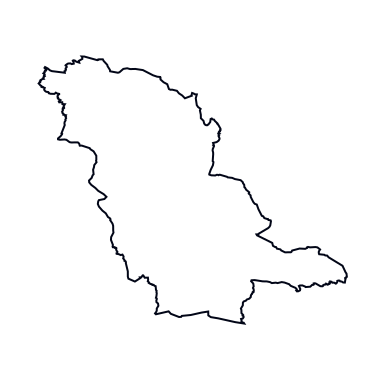 Nittedal nor, Akershus, Norway, rotated 184°
{"feature_id": "86288312B73393856679097", "entity_name": "Nittedal nor", "entity_type": "district", "adm_level": 2, "iso_a3": "NOR", "parent_name": "Norway", "parent_adm1": "Akershus", "projection": "equal_earth", "projection_center": [10.849, 60.08], "detail": "fine", "context": "isolated", "style": "outline", "palette": "ink", "viewbox_px": 384, "rotation_deg": 184, "n_neighbors": 0, "source": "geoboundaries", "source_scale": "gbopen_adm2", "svg_char_len": 6011}
<svg xmlns="http://www.w3.org/2000/svg" viewBox="0 0 384 384"><g transform="rotate(184 192 192)"><path d="M269.5,138.6L267.2,133.7L267.4,131.9L267.1,131.4L265.4,131.6L265.2,130.9L263.8,131.0L263.5,130.7L263.7,129.6L263.2,128.2L262.3,127.3L262.3,125.7L263.0,125.5L262.9,125.1L260.8,124.9L258.7,124.1L257.0,124.7L256.0,123.3L255.7,122.7L256.0,120.9L254.8,119.8L254.6,118.6L253.6,118.4L253.0,117.4L253.1,116.6L250.5,108.4L250.1,103.1L249.4,101.1L242.7,98.7L237.7,102.4L238.1,103.2L236.6,103.4L235.4,105.4L234.8,105.4L233.2,103.2L230.0,103.5L229.6,101.3L229.9,99.8L228.5,98.8L228.7,98.2L226.8,97.3L225.8,97.3L225.2,97.0L225.5,96.9L225.1,96.5L223.8,96.7L222.9,95.8L221.7,95.5L221.1,91.8L220.4,91.0L220.5,89.6L220.1,88.7L220.2,85.7L220.6,83.9L220.0,83.6L219.6,82.9L220.0,81.3L219.8,79.7L218.1,78.4L217.6,76.1L219.0,73.4L218.9,71.2L219.4,69.8L220.4,68.3L219.5,67.5L207.0,71.3L204.6,69.0L196.2,66.4L194.1,66.7L193.5,67.7L184.7,69.2L174.0,72.4L167.5,73.9L167.1,70.0L164.5,68.5L157.1,67.8L139.8,65.2L130.7,64.4L131.3,65.2L133.9,65.5L133.4,66.6L134.2,68.8L132.6,69.3L131.8,70.6L131.9,71.6L132.9,72.2L132.5,73.0L134.2,74.6L134.5,77.8L135.1,79.1L133.4,82.4L133.5,85.2L132.8,86.4L130.6,87.4L129.9,88.5L127.4,89.6L126.0,91.4L126.1,92.5L125.7,93.8L125.1,94.3L125.1,95.0L123.8,96.3L124.2,96.7L123.5,97.3L123.5,98.1L123.8,99.5L124.5,100.5L123.9,102.2L124.5,105.0L126.8,107.1L126.5,108.1L123.3,108.5L115.3,107.8L111.1,108.0L108.0,107.6L106.0,106.7L102.1,107.4L100.3,107.1L96.2,108.4L93.3,108.1L88.7,106.8L87.0,105.3L82.1,103.6L80.8,102.4L80.5,101.7L81.2,101.1L80.4,100.2L79.0,100.4L77.4,101.4L77.2,102.8L78.8,105.7L77.8,106.3L75.4,106.5L72.6,105.6L72.1,105.1L67.4,105.8L65.7,107.7L64.3,107.9L63.9,108.6L64.2,109.3L63.7,109.5L62.3,109.4L57.4,107.0L55.7,107.0L55.1,107.1L54.5,107.8L54.6,108.2L53.5,108.9L52.3,109.0L51.9,109.9L50.2,109.0L49.6,109.3L49.4,109.9L48.4,109.9L48.0,110.7L48.5,111.5L47.9,111.7L47.9,112.4L46.5,112.2L45.7,111.3L44.0,111.5L42.1,110.6L41.6,111.1L41.8,111.3L41.2,111.6L40.7,112.9L40.8,113.5L39.8,113.9L38.6,113.9L38.0,113.2L36.4,113.1L35.0,112.3L33.2,112.3L32.9,115.4L33.2,116.6L32.6,116.6L32.4,117.7L31.6,118.2L32.2,121.4L33.2,122.6L36.7,128.9L51.2,136.4L52.7,138.0L54.7,138.0L55.6,138.6L60.8,138.8L61.3,140.1L61.3,141.6L60.2,143.6L63.0,145.5L65.0,145.7L70.3,145.0L72.5,145.3L73.4,144.8L73.3,144.2L75.1,143.2L80.7,143.1L88.0,140.6L88.7,139.1L89.2,138.8L95.0,138.3L98.9,139.9L99.8,140.9L103.3,141.4L104.3,142.9L105.5,143.0L107.5,144.0L108.4,146.8L124.1,153.3L124.7,154.2L122.7,154.5L122.5,155.1L113.4,161.4L112.2,162.8L111.6,164.2L111.2,168.4L111.6,169.2L113.8,169.4L114.4,170.4L115.1,170.3L118.0,171.0L119.2,172.7L120.7,173.1L124.5,179.4L126.5,184.0L128.6,184.6L130.1,186.2L133.1,191.2L133.3,192.7L135.3,194.4L134.9,195.7L138.2,198.1L139.3,199.9L140.0,200.3L140.5,203.0L141.6,204.1L142.0,205.3L144.3,207.2L150.1,207.9L152.9,208.9L157.5,209.1L158.1,209.6L165.5,211.2L166.8,210.6L167.3,210.9L168.5,210.9L169.9,210.1L173.9,210.0L175.9,210.5L176.1,211.0L174.9,215.4L173.0,220.1L172.7,222.8L172.8,223.6L173.5,224.2L173.5,231.2L173.7,233.0L174.3,234.7L174.3,236.2L173.3,239.2L174.0,240.0L173.5,240.3L174.4,242.4L170.9,243.5L169.1,245.0L168.3,246.6L168.3,247.6L169.3,249.3L168.9,250.0L169.5,250.5L169.5,251.4L168.7,252.0L169.8,252.5L168.7,254.3L168.3,254.4L168.2,254.9L168.6,254.9L167.9,255.8L168.3,256.1L168.0,257.1L170.2,260.5L171.6,261.9L171.4,262.2L174.3,264.6L175.0,265.7L176.6,265.9L177.4,266.7L178.5,266.1L178.7,263.1L180.4,260.4L181.1,260.2L181.4,259.7L182.4,259.6L183.4,259.9L184.6,261.1L185.5,263.8L188.3,266.2L188.6,269.7L189.8,274.0L189.2,275.5L191.9,277.2L193.3,279.0L194.8,285.8L194.0,289.7L196.3,289.7L197.0,290.3L198.8,290.8L199.3,288.4L199.0,288.0L205.6,285.0L208.5,287.6L211.9,289.5L214.1,291.9L218.9,292.7L220.7,292.5L222.2,293.1L224.2,297.8L228.0,299.5L231.2,302.0L231.5,303.1L231.3,303.5L231.7,304.5L234.8,304.6L239.0,305.7L249.5,310.2L257.1,310.8L262.3,310.3L265.3,310.9L269.1,310.0L272.7,306.4L274.2,305.8L282.1,306.7L282.4,308.1L285.0,311.6L285.4,312.9L289.3,316.6L290.2,318.1L294.4,317.8L294.9,317.6L294.8,317.2L295.6,316.9L308.8,319.6L311.5,319.5L310.9,318.8L310.7,317.1L314.1,314.9L313.5,313.2L316.5,313.9L318.1,315.0L319.6,315.1L320.1,314.6L319.2,313.3L318.9,311.8L320.9,311.2L322.3,311.8L324.0,311.6L325.0,311.3L326.9,309.7L327.0,309.4L325.8,308.6L325.7,307.8L326.7,306.5L326.7,305.6L326.3,305.3L326.6,304.2L327.6,303.6L327.2,302.1L340.2,302.8L342.1,303.4L344.4,305.1L347.3,306.4L347.8,305.5L345.8,303.6L346.2,302.8L347.2,302.6L347.6,301.8L347.3,301.1L348.5,300.0L347.2,299.1L347.1,298.7L347.7,298.0L347.0,297.3L348.0,296.6L347.9,295.8L348.5,295.2L347.9,294.5L349.0,294.3L350.7,293.2L350.5,292.9L351.3,292.1L350.9,291.6L351.0,291.1L351.6,291.1L352.4,289.7L352.0,289.6L352.1,289.2L350.6,287.7L349.7,287.4L349.5,286.6L348.8,286.5L349.0,286.2L346.2,285.6L346.6,283.7L345.7,282.6L344.4,281.8L342.4,281.7L341.7,281.0L341.7,280.5L339.8,280.1L336.0,280.3L334.8,281.6L333.5,280.9L330.6,280.5L332.0,280.0L332.9,278.2L332.2,276.9L332.6,276.5L332.2,275.8L329.6,274.5L331.2,273.1L330.7,272.2L327.7,272.5L327.4,270.7L325.0,270.7L325.9,269.2L325.7,269.0L326.1,268.6L326.0,267.9L326.4,267.2L325.5,267.2L325.4,266.9L326.8,265.4L326.5,264.4L327.2,262.9L326.6,262.1L326.6,261.5L325.4,260.7L325.6,260.1L323.1,259.8L323.6,258.7L323.0,258.3L323.2,257.7L322.7,256.9L323.4,255.5L323.1,254.6L324.0,252.8L324.0,251.1L323.6,250.0L326.3,241.3L325.6,240.9L325.7,240.5L326.9,238.6L329.4,236.1L329.3,235.2L327.6,234.9L322.9,235.5L320.9,235.3L317.6,233.2L316.1,233.0L309.3,233.5L307.9,232.4L307.2,230.4L305.2,230.6L297.1,228.6L296.4,227.6L293.0,225.7L290.0,221.5L289.7,217.5L289.9,216.4L289.3,215.1L291.4,212.0L291.5,210.0L292.2,207.3L291.4,202.8L292.3,201.7L293.1,199.0L295.5,196.3L295.2,194.4L293.0,192.1L288.7,189.3L285.6,186.6L280.0,183.7L277.0,181.2L278.9,178.9L284.3,177.4L284.9,176.1L285.1,173.5L283.8,170.9L280.1,167.2L276.5,164.7L274.1,161.2L272.1,160.1L271.4,159.2L271.7,158.3L269.1,154.9L268.3,152.8L267.9,147.9L267.5,146.0L269.5,141.4L269.5,138.6Z" fill="none" stroke="#020617" stroke-width="2"/></g></svg>